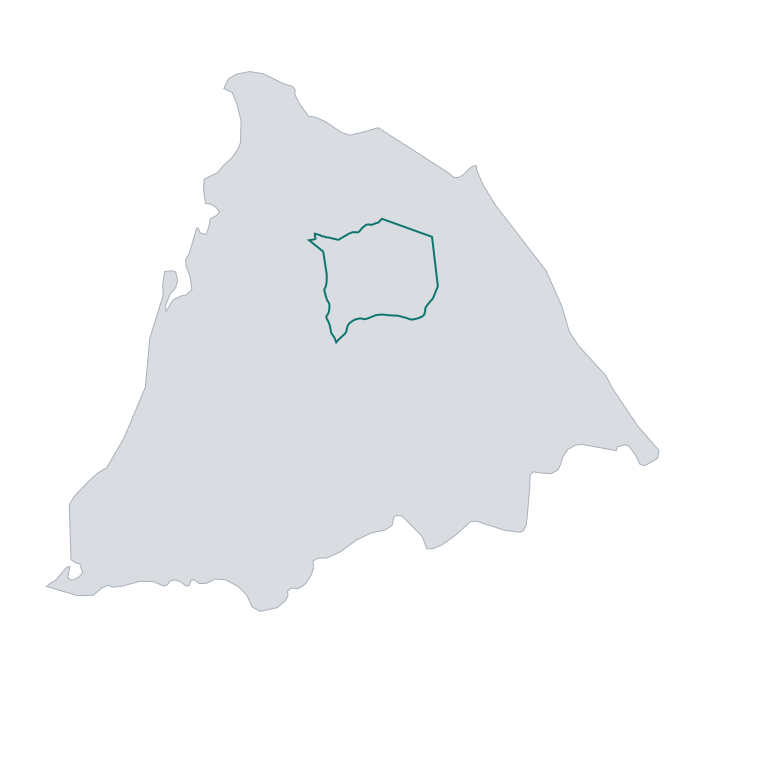 location of Chontales within Nicaragua, rotated 193°
{"feature_id": "NIC-669", "entity_name": "Chontales", "entity_type": "Department", "adm_level": 1, "iso_a3": "NIC", "parent_name": "Nicaragua", "parent_adm1": "", "projection": "mercator", "projection_center": [-85.042, 12.14], "detail": "fine", "context": "in_parent", "style": "outline", "palette": "teal", "viewbox_px": 768, "rotation_deg": 193, "n_neighbors": 0, "source": "natural_earth", "source_scale": "10m", "svg_char_len": 3780}
<svg xmlns="http://www.w3.org/2000/svg" viewBox="0 0 768 768"><g transform="rotate(193 384 384)"><path d="M667.3,110.8L663.8,115.5L659.9,118.6L651.9,134.2L649.1,135.6L648.6,124.1L643.8,122.6L638.2,126.7L635.1,132.5L640.0,140.2L644.3,140.3L649.5,142.5L663.5,195.5L660.5,204.9L651.8,219.6L643.5,232.2L635.3,240.0L625.1,273.3L615.8,327.3L622.5,375.9L619.1,420.6L622.0,431.2L622.9,444.3L616.1,446.7L612.2,446.3L608.3,438.2L608.7,431.1L612.8,422.8L614.5,411.5L612.6,405.6L608.5,418.5L601.5,424.2L596.9,426.2L592.4,432.8L597.1,445.0L603.3,454.0L605.3,460.4L603.0,468.0L601.6,494.1L599.5,493.4L597.2,489.9L590.7,489.6L590.0,500.1L590.5,506.0L585.0,510.5L583.0,515.1L587.5,518.3L592.5,520.2L598.6,519.8L603.6,532.7L605.2,543.2L593.5,552.8L589.5,560.9L582.9,570.6L579.2,580.1L578.1,587.0L582.6,608.7L590.6,624.1L597.4,633.8L606.5,635.9L604.3,646.2L597.5,652.7L585.2,658.2L571.6,659.2L549.4,654.0L540.4,653.4L536.8,650.7L535.8,645.7L529.4,638.1L517.8,627.9L511.1,628.6L500.1,626.4L481.9,619.5L473.5,618.7L461.4,624.6L447.4,632.4L413.5,620.3L389.7,611.7L368.3,604.1L362.6,601.1L357.9,601.8L353.9,605.8L349.3,612.9L347.7,614.9L345.3,616.9L342.5,617.4L342.4,614.0L331.9,599.9L315.3,583.0L251.5,530.8L228.1,499.6L215.5,477.1L203.6,465.4L169.1,441.5L161.2,431.9L127.1,399.9L101.1,381.1L100.7,373.1L111.4,363.1L116.7,363.5L122.3,370.7L131.6,378.8L135.9,378.9L142.4,375.1L142.5,371.3L177.4,369.7L183.7,367.6L190.0,361.7L193.3,353.5L193.8,345.5L195.1,339.8L200.7,334.3L211.0,332.6L218.8,332.0L221.2,328.2L218.8,316.1L214.6,286.7L213.7,278.5L215.1,272.4L218.3,270.1L233.8,268.6L263.1,271.1L268.8,269.3L280.5,252.5L291.4,240.2L299.2,234.7L305.3,233.0L312.4,244.0L337.2,259.7L341.4,258.7L343.8,257.8L344.6,255.6L344.2,248.3L350.3,241.8L363.2,235.9L376.1,225.5L389.0,210.5L400.3,201.8L409.8,199.2L413.4,195.1L411.2,189.5L411.9,181.7L415.7,171.5L421.2,165.6L428.5,164.0L431.4,160.8L429.9,156.0L431.3,150.7L437.8,142.0L453.5,134.6L462.4,137.1L469.9,147.1L480.4,153.9L494.0,157.5L504.6,156.1L512.1,149.9L518.8,148.0L524.9,150.5L528.0,149.1L528.4,143.8L531.5,142.6L537.4,145.4L542.6,146.2L547.1,144.8L548.9,142.2L549.8,139.6L553.2,137.6L565.0,139.6L578.2,136.6L592.8,128.5L602.5,125.0L607.3,125.9L613.0,121.9L619.7,112.8L634.9,108.8L667.3,110.8Z" fill="#d9dde1" stroke="#a8b0b8" stroke-width="1"/><path d="M419.9,442.8L420.7,442.7L422.5,442.4L426.2,440.6L428.0,439.2L429.4,437.8L431.5,435.2L432.1,433.7L432.5,432.3L432.6,427.5L432.7,426.1L433.0,425.1L433.5,424.0L438.3,417.0L439.9,413.8L442.9,418.2L446.6,421.5L447.3,422.8L450.0,428.9L452.7,432.9L454.3,434.5L455.1,435.9L455.4,436.8L455.2,437.5L454.5,439.2L454.1,440.8L454.0,443.0L454.5,447.2L455.2,449.3L456.1,450.8L457.0,451.8L457.9,452.5L458.6,453.3L463.0,461.2L463.4,463.2L462.6,466.1L462.8,470.3L464.5,478.0L472.5,498.1L473.3,499.5L489.4,507.2L484.5,509.2L483.5,510.1L483.6,510.7L483.7,511.0L484.6,512.7L485.2,514.9L480.4,514.7L479.0,514.4L478.4,514.2L477.9,514.1L477.5,514.0L475.6,514.2L475.1,514.2L474.1,513.9L473.5,513.9L470.9,514.3L461.7,514.2L461.0,514.3L460.4,514.5L460.0,515.1L451.7,522.8L448.6,524.9L443.2,526.0L441.4,528.9L441.0,529.8L440.9,530.4L440.6,530.8L440.1,531.4L439.9,531.7L439.8,532.0L439.6,532.2L438.7,533.1L438.2,533.9L437.8,534.6L437.3,534.9L436.6,535.4L434.2,536.2L433.6,536.3L433.3,536.2L432.7,536.0L431.9,536.3L430.8,537.0L428.3,538.7L426.3,539.7L425.8,540.2L425.5,540.6L423.2,544.5L370.3,538.2L353.5,491.3L355.6,478.4L356.2,477.1L357.4,475.2L357.6,475.0L357.7,474.8L357.8,474.5L360.4,468.7L360.6,467.8L360.7,467.0L360.4,464.7L360.3,461.5L360.5,460.7L360.7,460.1L361.7,458.7L362.3,458.1L365.6,455.7L370.3,453.4L372.1,452.9L373.5,452.9L376.6,453.4L380.2,453.5L385.6,453.7L394.6,452.1L401.4,451.3L406.6,449.6L408.1,448.8L415.4,443.7L417.3,442.9L418.6,442.6L419.9,442.8Z" fill="none" stroke="#0f766e" stroke-width="2"/></g></svg>